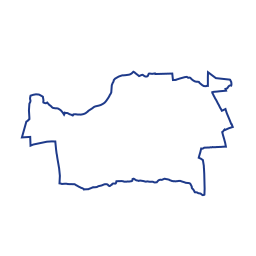 the district of Homocea, Vrancea, Romania, rotated 99°
{"feature_id": "2599482B90822407546416", "entity_name": "Homocea", "entity_type": "district", "adm_level": 2, "iso_a3": "ROU", "parent_name": "Romania", "parent_adm1": "Vrancea", "projection": "orthographic", "projection_center": [27.246, 46.143], "detail": "fine", "context": "isolated", "style": "outline", "palette": "blue", "viewbox_px": 256, "rotation_deg": 99, "n_neighbors": 0, "source": "geoboundaries", "source_scale": "gbopen_adm2", "svg_char_len": 5809}
<svg xmlns="http://www.w3.org/2000/svg" viewBox="0 0 256 256"><g transform="rotate(99 128 128)"><path d="M193.4,187.0L193.4,185.6L193.6,184.8L193.6,184.4L193.0,182.0L192.8,181.1L192.7,180.1L192.7,179.2L192.8,178.6L192.7,178.3L192.6,176.9L192.3,175.2L192.2,174.7L192.2,174.2L192.0,172.8L191.9,172.1L192.0,171.6L192.7,170.1L192.7,169.8L192.9,169.4L193.8,167.0L194.0,166.2L194.5,164.7L194.6,164.0L194.6,163.7L194.9,162.9L195.2,162.3L195.3,162.1L195.6,161.9L195.5,161.7L195.4,161.6L195.3,161.4L195.4,161.1L195.1,160.0L194.9,158.9L194.8,158.4L194.6,157.6L194.6,157.4L194.1,156.8L193.9,156.5L193.7,156.0L193.4,155.5L192.8,154.6L192.6,154.3L192.5,154.0L192.4,153.8L192.0,153.3L191.9,153.2L192.0,152.9L192.0,152.5L191.7,151.6L191.7,151.3L191.5,150.7L191.3,149.9L191.1,149.5L190.9,149.1L190.3,148.4L190.0,147.9L189.7,147.1L188.9,145.1L188.6,144.6L188.3,144.2L188.1,143.8L187.3,142.5L187.2,142.2L187.1,141.7L186.9,140.7L186.9,139.8L187.0,139.5L187.2,139.0L187.8,138.4L187.9,138.1L188.2,137.5L188.2,137.0L187.9,136.6L187.1,135.9L186.6,135.2L186.3,135.0L186.1,135.0L185.6,134.7L185.2,134.1L185.1,133.7L185.0,132.8L184.9,131.8L184.8,131.6L184.5,131.4L184.2,131.3L182.4,131.1L181.9,128.7L181.8,127.8L181.6,127.0L181.4,125.9L181.4,124.9L181.4,124.2L181.6,123.5L181.4,122.3L181.2,120.9L181.0,120.4L180.9,120.1L180.7,118.4L180.6,118.1L180.4,117.6L180.2,117.0L180.2,116.7L179.9,116.2L179.7,115.8L179.3,115.5L179.0,115.5L178.0,115.5L177.7,115.5L177.2,114.6L177.2,114.4L177.3,114.1L177.7,113.2L178.1,112.3L178.3,111.9L178.4,111.3L178.4,110.0L178.6,109.1L178.2,108.4L178.1,108.1L178.0,107.7L178.0,106.5L178.0,104.3L178.2,102.6L178.2,101.9L177.7,100.6L177.7,100.3L177.7,98.3L177.6,97.4L177.3,95.9L177.2,95.2L177.3,94.6L177.6,93.6L177.6,93.4L177.6,93.0L177.3,91.8L177.1,91.1L176.9,91.0L175.2,89.9L174.9,89.6L174.6,89.2L174.4,88.9L174.0,87.9L174.0,87.6L174.0,87.0L173.9,86.5L173.7,86.1L172.7,84.5L172.4,84.0L172.4,83.7L172.4,83.3L172.5,82.3L172.5,80.7L172.7,79.1L173.0,78.5L173.3,76.9L173.5,76.3L173.4,75.1L173.5,74.7L173.3,73.9L173.3,73.5L173.3,73.0L173.2,72.5L173.0,71.9L172.8,71.0L172.5,70.1L172.3,69.5L172.2,68.8L172.1,68.4L172.1,67.9L172.4,66.5L172.7,64.2L173.1,62.2L173.0,61.6L173.0,61.2L172.9,59.5L172.9,59.1L173.0,58.4L173.2,58.0L173.4,57.7L175.7,56.0L176.1,55.8L176.9,55.7L177.1,55.6L177.6,55.2L178.1,54.6L178.2,54.3L178.6,53.8L179.6,53.1L179.8,52.8L181.0,52.0L181.0,51.5L180.9,51.0L180.8,49.9L181.1,49.1L181.3,48.7L181.4,48.3L181.4,46.9L181.4,46.1L181.6,45.7L182.4,44.3L182.6,43.9L182.6,43.6L182.5,43.3L182.1,42.3L181.9,42.1L176.1,42.8L161.4,45.5L157.2,46.4L156.2,46.6L155.6,46.8L153.5,47.2L148.0,49.0L146.9,51.3L146.3,53.5L143.6,53.2L140.6,52.8L136.8,52.5L136.8,51.4L136.7,51.0L135.5,49.6L135.1,47.5L134.8,46.1L134.6,44.8L134.4,44.2L134.1,43.4L134.1,42.7L134.0,42.3L133.6,41.5L133.7,41.1L133.5,40.0L133.3,39.0L133.2,38.2L132.8,37.1L132.8,36.5L132.4,34.7L132.0,32.6L131.7,31.5L131.6,30.8L131.4,30.2L131.1,28.4L127.5,29.7L123.9,31.3L120.1,33.1L117.3,34.3L116.9,33.9L116.6,33.6L115.0,32.8L114.5,32.4L114.8,32.2L114.8,31.9L113.5,29.9L112.5,28.4L110.7,24.9L110.6,24.7L109.0,25.7L108.1,26.1L108.0,26.6L104.3,28.8L98.0,32.7L95.7,33.9L94.0,34.7L96.0,37.5L96.3,38.0L95.0,38.9L94.8,39.1L93.4,40.3L92.1,41.2L90.8,42.1L89.9,42.9L88.9,43.6L86.7,45.2L85.8,46.0L84.7,46.9L83.8,47.5L82.3,48.7L81.4,49.2L80.5,50.0L79.5,50.4L79.0,49.4L78.7,48.3L78.0,45.4L77.5,43.7L76.6,40.1L75.8,37.0L74.2,37.9L73.6,36.8L73.3,36.2L71.2,35.2L70.4,34.5L70.1,34.0L69.8,33.1L69.9,32.7L69.2,32.6L68.0,32.8L66.5,33.2L64.4,34.7L64.3,35.1L65.0,49.0L60.4,57.7L65.1,57.1L73.9,55.7L74.0,56.7L74.1,56.9L74.3,57.0L74.6,58.1L74.7,59.7L74.1,61.3L73.0,63.2L72.2,64.5L71.4,65.2L71.4,66.6L71.6,67.7L71.5,69.2L70.9,70.9L70.0,72.6L68.7,74.3L68.6,75.4L69.0,76.4L68.3,77.9L68.9,79.9L71.0,84.5L72.8,88.1L73.0,88.2L73.6,91.1L67.3,92.8L70.4,109.4L69.9,109.6L69.9,110.0L70.7,112.4L70.8,113.6L70.8,114.9L70.9,115.4L71.0,115.8L71.2,116.0L72.7,116.4L73.0,116.4L73.3,116.5L73.6,116.7L73.8,116.9L74.0,117.1L74.3,117.9L74.4,118.2L74.4,118.9L74.3,119.4L74.2,119.8L73.5,121.2L73.2,121.8L73.2,122.0L73.3,122.3L73.7,123.2L74.9,125.0L75.0,125.2L74.6,125.8L72.9,128.9L72.0,130.3L71.6,131.5L73.0,132.5L73.7,133.1L74.5,134.1L74.9,134.7L75.2,135.4L76.2,138.7L76.6,140.3L76.9,141.9L77.3,142.7L78.4,144.8L79.1,145.8L81.3,148.5L82.9,149.5L83.5,149.5L84.8,149.7L86.0,150.2L88.3,150.7L94.2,150.2L95.5,150.1L96.9,150.5L98.0,151.0L98.8,151.3L99.7,151.5L101.8,152.4L104.3,153.6L105.7,154.4L106.7,155.1L107.7,156.1L108.5,157.1L109.4,158.3L109.9,159.2L110.6,160.7L110.9,161.5L111.8,163.7L112.5,164.8L113.2,165.5L114.0,166.2L117.4,170.0L117.8,170.1L120.1,172.3L121.1,173.9L121.6,175.1L122.2,176.8L122.2,177.5L122.4,178.5L122.6,179.9L122.6,181.1L122.6,181.8L122.7,182.3L123.0,183.8L123.2,184.2L123.5,184.3L123.9,184.3L124.2,184.4L124.3,184.7L123.8,186.0L123.5,188.0L122.9,189.5L122.7,190.5L122.8,191.0L122.9,191.8L122.8,192.8L122.7,193.0L122.8,193.1L123.3,193.0L124.0,193.0L124.6,193.1L124.9,193.2L123.5,194.4L122.8,195.1L121.8,196.2L120.9,197.4L120.3,198.7L119.9,199.7L119.7,200.3L119.7,201.0L119.7,201.6L119.9,202.6L119.9,204.3L119.9,204.9L119.8,205.5L119.3,206.5L118.7,207.1L118.0,208.3L117.7,208.8L117.7,209.1L115.5,211.8L116.1,212.4L116.4,213.0L116.4,213.6L116.3,214.6L116.2,215.0L116.0,215.6L115.1,215.8L114.4,215.8L114.0,215.8L112.7,216.2L110.4,217.0L109.3,219.9L108.9,221.2L109.1,224.1L110.0,226.7L111.3,229.3L112.5,229.4L113.7,229.4L114.6,229.3L115.7,228.8L116.4,228.6L117.4,228.6L118.8,229.0L119.4,229.2L126.1,228.6L133.8,226.9L133.9,227.0L134.2,227.0L134.5,226.9L134.8,226.8L135.0,226.9L135.4,227.4L136.0,227.9L136.5,228.1L137.6,229.4L153.9,231.3L152.1,223.2L160.7,221.5L159.4,219.4L159.0,218.6L154.2,205.9L153.2,201.4L153.0,200.3L152.8,198.3L152.7,197.7L160.4,195.7L164.2,194.6L165.5,194.1L168.7,193.1L178.7,189.7L185.9,187.8L193.4,187.0Z" fill="none" stroke="#1e3a8a" stroke-width="2"/></g></svg>